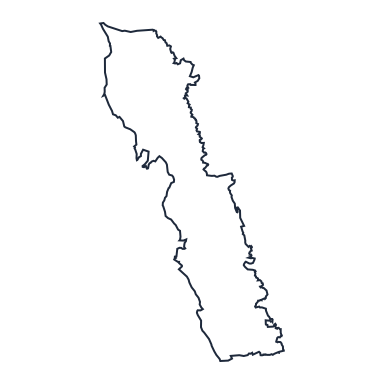 outline of Mitrofani, Vâlcea, Romania
{"feature_id": "2599482B9643325604884", "entity_name": "Mitrofani", "entity_type": "district", "adm_level": 2, "iso_a3": "ROU", "parent_name": "Romania", "parent_adm1": "Vâlcea", "projection": "orthographic", "projection_center": [24.201, 44.748], "detail": "fine", "context": "isolated", "style": "outline", "palette": "slate", "viewbox_px": 384, "rotation_deg": 0, "n_neighbors": 0, "source": "geoboundaries", "source_scale": "gbopen_adm2", "svg_char_len": 6023}
<svg xmlns="http://www.w3.org/2000/svg" viewBox="0 0 384 384"><path d="M274.3,353.8L277.6,352.4L278.8,352.7L278.7,352.0L279.2,351.8L283.8,350.7L283.7,350.1L283.1,349.8L282.9,346.4L281.7,344.6L281.6,343.5L280.5,342.1L278.3,341.9L277.6,342.3L276.2,341.7L277.3,337.8L278.2,337.1L279.9,337.4L280.7,336.2L281.5,336.2L281.8,335.4L281.4,335.2L280.7,332.6L280.7,329.2L280.0,329.3L278.6,327.8L277.4,328.0L277.1,328.7L275.7,328.2L275.8,327.5L275.3,326.4L276.0,324.9L275.3,323.8L274.3,324.6L273.8,326.2L273.1,326.6L267.8,326.9L267.4,324.9L266.1,324.7L265.8,324.2L265.7,320.3L268.4,320.6L269.6,320.3L270.8,321.7L272.1,321.1L272.4,321.6L272.6,319.5L272.2,319.0L270.3,318.9L269.1,316.7L268.0,315.7L266.0,310.7L265.9,308.7L261.9,307.4L260.0,307.5L259.2,306.6L255.7,307.5L255.1,306.5L256.0,304.9L256.0,303.8L257.7,301.9L258.1,300.7L259.5,300.7L260.3,300.0L261.3,300.2L261.2,299.9L264.7,298.3L265.0,298.9L265.8,298.1L265.9,296.4L267.5,294.5L266.5,290.5L263.6,287.9L262.6,287.9L261.5,287.0L260.6,287.4L260.1,286.6L261.3,286.3L263.0,284.9L262.7,283.3L261.7,283.0L261.3,281.3L259.9,280.1L257.8,280.4L258.3,279.2L257.8,278.3L256.1,277.5L256.0,276.4L254.9,275.6L255.4,273.4L254.8,272.0L255.6,271.4L255.1,270.5L252.8,269.8L247.7,269.4L245.0,266.9L243.8,265.3L243.9,264.3L245.2,262.2L245.8,261.7L249.3,263.5L251.0,263.6L253.0,262.9L254.5,259.6L254.7,258.5L252.0,257.9L251.0,258.3L248.4,257.7L250.9,256.6L251.5,255.5L251.1,254.6L249.7,254.7L249.8,254.2L249.2,253.4L249.6,252.2L250.3,251.8L250.6,251.0L251.7,250.6L250.9,248.5L251.9,247.3L251.8,246.8L251.1,246.0L250.3,246.8L249.5,246.0L248.5,246.9L245.6,243.9L245.2,242.3L245.3,240.7L244.3,235.4L242.8,234.0L243.3,232.9L242.6,231.5L241.1,226.7L244.1,225.9L240.2,217.9L240.0,210.5L239.0,209.2L238.0,208.7L238.4,208.2L237.8,207.4L236.9,207.6L236.7,208.2L237.7,211.8L237.4,212.3L236.8,212.1L235.1,207.9L234.8,203.6L232.8,200.7L231.5,197.0L231.8,195.4L230.3,193.3L229.9,191.8L230.1,190.8L228.8,189.8L228.4,188.4L228.9,187.2L230.9,185.4L233.9,183.5L234.6,182.2L234.7,180.3L233.3,180.5L232.0,179.9L231.9,177.6L232.7,176.8L232.8,176.1L231.7,173.5L229.0,173.7L226.3,174.7L219.6,175.9L217.5,176.8L216.2,176.7L214.5,175.7L211.8,175.9L207.0,175.3L206.8,173.3L206.2,171.8L203.5,169.5L203.9,168.7L205.4,167.7L206.6,166.0L207.9,165.3L208.2,164.6L207.7,163.9L206.8,163.9L205.5,163.0L203.1,162.6L203.2,161.6L202.6,160.6L201.3,159.7L201.4,158.3L201.8,157.7L204.7,155.3L206.2,154.7L206.5,154.1L205.9,152.9L205.0,152.4L204.2,152.7L202.7,151.2L203.1,148.9L204.0,148.4L202.6,147.2L203.4,145.2L203.8,142.9L201.4,143.0L200.0,142.1L200.1,141.5L199.7,141.0L199.8,139.9L201.3,139.3L201.8,138.4L199.7,136.7L199.9,135.7L199.6,134.8L198.5,134.3L199.9,133.0L199.8,131.9L197.0,131.4L196.5,130.3L197.1,128.8L195.9,127.6L196.1,126.9L197.6,125.5L198.0,124.0L196.3,123.1L196.5,121.1L196.0,120.5L196.0,119.9L195.3,119.6L195.2,118.6L194.2,118.2L193.6,117.2L191.3,116.7L191.4,116.0L192.4,114.8L190.7,112.8L190.8,112.0L191.6,111.0L191.8,109.7L190.8,108.9L190.8,107.6L188.9,107.2L189.1,105.4L189.6,104.6L187.6,103.2L188.4,101.8L186.7,98.7L185.6,97.9L184.3,98.7L183.8,98.2L184.9,97.4L185.2,96.5L184.9,95.9L185.2,95.3L187.2,95.5L185.8,93.3L187.7,91.7L187.7,89.7L187.2,89.4L186.5,89.7L186.0,89.1L186.7,87.8L187.8,88.2L188.3,87.9L187.6,86.8L187.4,85.5L188.1,84.3L190.3,84.2L190.6,84.9L195.5,85.0L195.5,83.6L194.9,82.5L197.7,80.9L199.3,78.3L199.0,75.7L198.4,75.1L193.3,77.3L189.9,76.2L191.6,72.1L192.8,67.4L193.8,65.2L192.4,64.6L190.8,62.8L190.6,62.0L185.8,61.5L184.1,60.2L183.5,58.6L180.8,60.2L180.1,63.3L177.8,64.3L176.6,63.0L175.1,63.5L173.8,63.1L174.3,62.6L174.9,59.7L174.1,58.7L176.3,58.2L174.6,55.9L173.4,52.7L172.7,52.3L171.7,52.9L171.2,52.5L170.2,48.9L170.9,46.4L169.3,45.4L167.3,45.8L166.6,43.2L165.5,42.4L164.9,40.2L163.8,40.1L162.4,38.0L161.4,37.5L160.6,36.6L158.2,37.9L157.0,36.3L157.1,35.2L156.2,33.2L156.4,31.9L155.8,30.8L155.2,30.9L154.2,30.2L153.6,30.7L153.5,30.0L152.7,29.7L137.0,30.8L130.7,32.0L124.8,30.7L122.2,31.1L107.8,26.4L105.3,24.8L103.5,23.0L100.2,23.5L101.1,24.7L103.0,28.9L107.8,36.7L108.7,41.3L110.0,43.5L109.9,45.8L110.4,45.9L111.2,52.0L109.2,55.5L104.9,58.5L105.0,72.6L106.5,79.3L106.7,84.5L104.6,87.8L104.7,92.0L104.2,94.1L103.3,95.7L105.0,94.9L108.8,104.7L112.0,110.9L113.0,114.3L115.8,115.3L117.8,117.7L119.5,116.9L123.0,121.1L124.3,126.5L125.3,127.3L130.3,129.3L134.4,132.2L135.1,133.3L135.8,135.3L136.0,141.0L136.4,144.6L134.1,146.5L135.0,147.5L134.6,148.5L135.2,149.4L136.7,154.0L136.5,158.1L136.9,160.2L137.3,160.0L138.9,157.3L140.9,156.1L140.9,153.9L143.1,149.7L148.6,151.6L147.8,160.7L144.8,164.3L142.6,166.0L142.7,166.9L144.0,167.2L145.9,166.1L146.8,168.6L147.7,168.6L148.1,168.2L148.7,164.8L149.5,163.3L150.6,162.8L151.6,161.6L153.6,160.8L155.3,161.4L157.7,157.8L159.4,156.2L161.9,158.0L165.8,162.3L166.9,164.6L167.7,171.9L169.2,174.7L172.1,175.5L173.2,176.9L174.1,179.7L173.9,181.9L171.2,183.1L169.3,187.7L168.6,188.1L167.1,191.8L166.5,196.1L165.0,197.8L164.3,200.4L162.9,202.6L162.7,205.4L163.2,206.2L165.0,211.8L165.6,216.0L168.0,218.1L171.1,219.5L174.2,223.6L175.7,225.0L178.1,229.6L180.0,230.8L180.5,236.8L180.0,239.8L179.5,240.4L183.3,240.6L186.2,239.4L185.9,241.2L184.7,242.8L184.3,244.7L184.1,246.8L185.2,248.4L184.3,248.9L182.6,248.9L181.2,247.9L179.5,247.8L177.3,248.8L176.4,256.7L175.9,257.1L175.4,256.5L174.9,256.6L174.8,257.6L175.4,258.1L174.7,258.4L174.2,259.5L177.9,261.9L179.0,261.9L178.8,262.7L179.2,263.2L181.9,265.5L181.9,266.5L178.9,269.3L186.9,276.6L188.6,279.6L189.4,282.6L191.7,287.4L194.8,291.3L195.8,294.3L198.5,297.7L200.0,301.9L199.7,304.5L201.4,307.6L202.8,309.1L200.6,310.4L197.7,310.3L197.2,311.1L196.9,312.8L197.8,315.1L201.1,320.6L201.0,327.2L202.4,330.7L204.2,332.6L209.0,339.0L211.4,344.5L211.6,345.7L214.3,351.4L216.4,355.0L219.6,358.9L220.3,361.0L228.2,360.6L232.0,358.6L230.8,355.9L239.3,355.2L243.8,356.0L247.7,355.1L249.0,353.5L250.7,353.7L252.2,352.8L252.8,354.7L259.0,351.8L260.2,352.9L260.6,355.2L262.0,355.3L263.8,354.9L263.7,354.5L265.5,354.4L265.6,354.8L269.7,354.9L271.7,354.2L272.8,354.8L274.3,353.8Z" fill="none" stroke="#1e293b" stroke-width="2"/></svg>